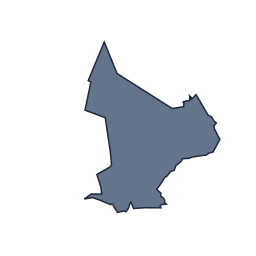 the district of Santa María Temaxcalapa, Oaxaca, Mexico, rotated 56°
{"feature_id": "50627088B67210790477336", "entity_name": "Santa María Temaxcalapa", "entity_type": "district", "adm_level": 2, "iso_a3": "MEX", "parent_name": "Mexico", "parent_adm1": "Oaxaca", "projection": "orthographic", "projection_center": [-96.15, 17.377], "detail": "fine", "context": "isolated", "style": "filled", "palette": "slate", "viewbox_px": 256, "rotation_deg": 56, "n_neighbors": 0, "source": "geoboundaries", "source_scale": "gbopen_adm2", "svg_char_len": 1279}
<svg xmlns="http://www.w3.org/2000/svg" viewBox="0 0 256 256"><g transform="rotate(56 128 128)"><path d="M149.1,179.8L162.3,183.7L168.1,186.8L162.1,195.4L162.4,203.6L162.4,204.0L165.8,196.4L171.9,191.8L178.5,187.5L180.7,186.0L182.0,185.2L181.6,184.1L182.8,183.3L185.1,183.6L188.6,183.9L190.3,183.5L192.1,184.1L194.5,177.6L196.2,176.8L195.8,175.1L194.8,172.6L191.4,168.2L191.2,167.1L197.9,168.3L203.4,158.8L212.6,145.3L210.4,144.8L210.1,143.3L212.5,138.8L210.8,139.3L209.5,138.7L208.3,137.9L206.4,137.9L205.4,137.9L203.5,138.6L202.8,138.8L201.7,138.3L200.4,137.2L197.7,137.9L194.8,138.4L193.8,135.4L192.1,130.9L189.6,124.9L189.6,122.5L189.1,120.7L187.8,116.8L189.0,113.5L186.1,109.6L185.4,102.9L184.1,99.8L187.3,94.3L187.9,91.2L192.4,81.7L194.1,78.6L194.2,74.1L195.5,71.0L189.0,58.5L188.4,58.0L186.6,58.1L186.2,58.0L185.0,57.8L181.4,57.4L179.8,57.0L177.7,57.0L174.3,55.7L173.3,52.0L170.0,52.8L165.6,52.5L162.1,54.4L138.4,52.9L139.7,59.5L138.1,58.5L135.9,59.0L136.7,59.3L137.4,59.8L138.3,60.7L139.3,61.5L139.5,62.5L139.2,63.3L138.0,64.4L137.8,66.4L137.2,67.2L137.5,67.9L138.9,67.9L141.4,70.1L136.5,80.5L76.8,106.6L43.4,99.6L66.5,134.5L69.1,133.1L89.2,153.7L106.7,141.1L137.5,155.8L149.0,162.0L150.2,164.2L149.1,179.8Z" fill="#64748b" stroke="#1e293b" stroke-width="1.5"/></g></svg>